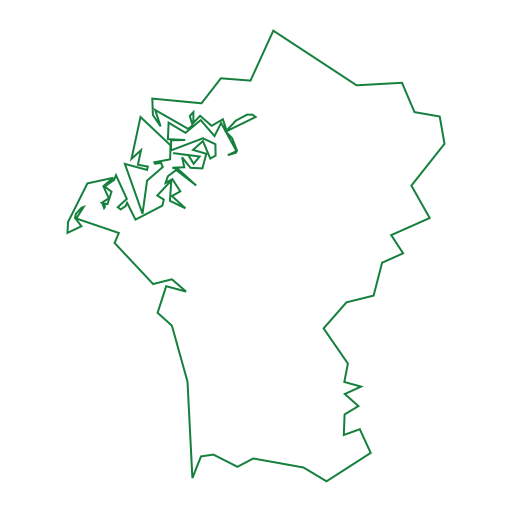 Marcovia, Choluteca, Honduras
{"feature_id": "27666195B6766243724539", "entity_name": "Marcovia", "entity_type": "district", "adm_level": 2, "iso_a3": "HND", "parent_name": "Honduras", "parent_adm1": "Choluteca", "projection": "albers", "projection_center": [-87.416, 13.249], "detail": "medium", "context": "isolated", "style": "outline", "palette": "green", "viewbox_px": 512, "rotation_deg": 0, "n_neighbors": 0, "source": "geoboundaries", "source_scale": "gbopen_adm2", "svg_char_len": 1913}
<svg xmlns="http://www.w3.org/2000/svg" viewBox="0 0 512 512"><path d="M273.3,30.7L250.5,80.6L220.9,78.3L201.5,103.3L152.3,98.6L152.9,115.0L160.6,126.4L155.2,110.0L188.2,128.9L192.6,125.3L189.8,116.0L193.4,112.1L193.4,122.9L200.1,115.8L211.6,125.8L222.9,119.3L226.5,130.7L235.9,120.6L247.1,114.6L252.5,114.7L255.6,117.0L225.8,131.6L232.1,138.2L237.0,150.6L235.8,152.8L227.8,155.2L236.5,151.1L221.1,123.0L214.5,136.1L200.7,120.1L185.5,132.8L168.6,122.7L167.9,139.2L185.2,140.0L171.1,140.3L171.0,150.4L202.9,138.3L215.4,144.2L215.6,155.6L210.3,158.6L202.9,141.1L193.0,149.9L206.3,153.8L202.4,168.4L190.4,167.8L182.1,157.3L184.3,167.3L172.4,167.7L178.3,169.3L196.2,185.5L176.2,170.0L167.8,176.3L165.6,182.9L172.4,179.2L180.3,191.4L171.9,196.0L185.4,208.3L169.9,200.8L171.3,180.5L157.3,195.5L163.8,199.6L162.3,205.7L135.5,219.6L127.1,202.8L125.6,206.1L120.7,209.4L117.8,207.2L126.8,198.9L116.0,175.2L114.0,180.0L104.6,186.5L111.5,191.7L107.5,204.1L102.4,203.3L104.7,205.5L104.9,206.9L104.1,208.1L102.1,202.6L108.8,198.3L103.4,186.2L113.2,177.8L87.4,183.4L68.0,222.1L67.5,232.9L81.4,226.2L75.0,217.9L75.8,214.0L81.5,207.8L83.6,207.0L76.3,218.5L118.8,233.0L114.6,243.0L153.1,284.0L171.9,279.3L186.1,291.6L166.2,286.2L157.6,312.8L171.9,325.7L187.5,381.6L192.4,478.1L201.0,456.4L213.4,454.6L237.4,466.8L253.2,458.5L303.5,467.5L326.5,481.3L370.7,452.9L359.8,429.2L343.8,435.0L344.6,414.4L358.4,406.1L344.8,394.0L361.0,386.6L344.3,382.0L347.9,363.6L323.6,328.4L346.5,302.3L373.6,295.6L382.1,262.7L403.1,253.3L391.2,235.1L429.7,218.0L411.4,185.6L444.5,143.8L439.7,116.5L414.5,112.1L402.0,82.8L356.6,85.3L273.3,30.7ZM140.5,117.0L131.5,158.8L141.0,150.2L137.9,164.7L147.8,166.6L147.0,169.9L124.9,163.9L142.5,213.7L147.1,180.6L162.8,167.0L161.1,163.0L155.0,163.7L154.3,162.3L170.1,159.3L170.5,145.3L140.5,117.0ZM173.1,153.1L188.4,155.2L193.6,163.8L199.6,156.5L173.1,153.1Z" fill="none" stroke="#15803d" stroke-width="2"/></svg>